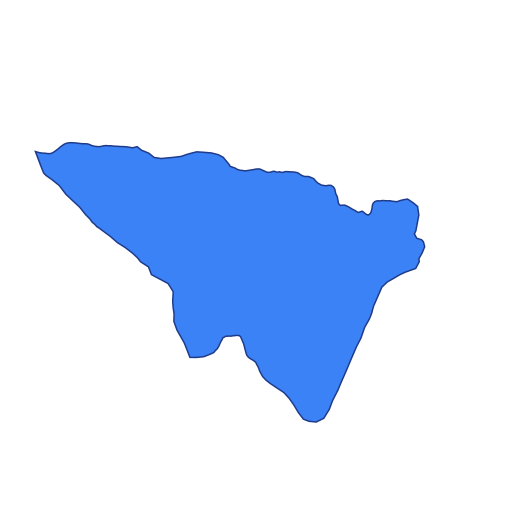 Chargharay, Samchi, Bhutan (Natural Earth projection), rotated 249°
{"feature_id": "84629894B86472917172938", "entity_name": "Chargharay", "entity_type": "district", "adm_level": 2, "iso_a3": "BTN", "parent_name": "Bhutan", "parent_adm1": "Samchi", "projection": "natural_earth1", "projection_center": [88.979, 26.995], "detail": "fine", "context": "isolated", "style": "filled", "palette": "blue", "viewbox_px": 512, "rotation_deg": 249, "n_neighbors": 0, "source": "geoboundaries", "source_scale": "gbopen_adm2", "svg_char_len": 3548}
<svg xmlns="http://www.w3.org/2000/svg" viewBox="0 0 512 512"><g transform="rotate(249 256 256)"><path d="M400.7,184.2L401.2,179.6L401.9,178.4L403.0,176.6L404.1,174.7L405.0,172.8L405.9,170.9L406.7,168.9L407.6,167.0L408.5,165.0L409.3,163.1L410.3,161.2L411.2,159.3L412.0,157.3L412.9,155.4L413.5,153.3L413.7,151.2L414.2,149.1L415.0,147.1L416.0,145.2L417.1,143.4L418.4,141.8L419.9,140.4L421.1,138.7L422.0,136.8L422.8,134.8L423.7,132.8L424.7,130.9L425.7,129.1L426.6,127.2L427.5,125.3L428.3,123.3L428.9,121.2L429.2,119.0L429.1,116.9L428.6,114.8L428.0,112.7L427.3,110.7L426.6,108.6L426.0,106.5L425.5,104.4L425.2,102.4L425.4,100.4L426.2,98.3L427.3,96.4L428.2,94.4L429.1,92.5L430.2,90.7L431.4,89.0L432.6,87.5L416.5,87.4L409.6,87.5L406.5,88.8L400.7,92.7L392.3,97.6L381.9,100.6L373.3,104.7L364.7,108.9L355.8,111.7L350.1,114.2L346.4,115.1L343.8,116.6L340.1,118.1L338.8,119.2L334.2,122.1L326.9,126.8L318.0,131.5L310.8,136.9L302.8,141.8L296.6,144.8L291.9,146.2L284.4,151.7L276.1,151.7L271.8,155.4L261.9,164.0L257.6,164.9L252.3,165.9L243.3,161.9L237.3,160.1L231.4,158.8L224.4,155.9L215.1,155.7L200.5,157.9L185.0,158.0L182.7,163.9L181.4,168.6L180.7,171.3L180.7,175.8L180.8,179.5L181.0,182.0L182.3,184.2L183.2,186.5L185.0,188.8L187.8,191.6L189.1,193.1L190.1,194.4L191.3,195.5L191.6,196.9L191.9,199.0L190.7,202.7L190.0,204.3L189.8,206.0L189.3,207.4L188.9,209.4L188.2,210.8L187.5,212.0L186.1,212.7L183.3,212.8L178.4,213.0L173.4,212.4L168.9,211.9L166.7,211.9L164.8,212.4L162.7,213.5L159.5,216.1L156.9,217.6L154.6,217.8L151.2,218.3L147.3,218.2L144.5,218.5L141.1,219.0L136.8,220.7L132.0,223.5L125.5,228.1L119.5,232.4L118.0,233.3L111.7,235.8L104.1,237.8L94.5,239.5L86.7,241.8L82.7,246.2L79.4,252.8L80.2,261.1L86.5,269.4L93.4,275.5L100.1,282.9L101.1,284.1L106.5,289.2L116.1,298.7L126.0,308.2L135.4,317.4L141.8,324.6L150.4,331.8L156.4,339.1L160.9,343.3L167.0,347.7L176.7,357.3L181.8,362.3L184.7,369.2L187.0,383.8L187.4,389.2L187.2,400.7L192.2,406.4L195.1,407.1L199.4,412.3L204.2,416.8L209.4,417.4L211.8,416.4L215.0,412.4L219.9,411.8L222.3,414.3L235.9,422.7L244.4,424.6L249.2,421.9L253.9,418.6L254.9,417.8L255.1,416.4L255.5,414.9L255.9,412.2L256.1,410.4L256.1,408.7L256.2,407.1L257.0,405.3L258.3,402.9L259.6,400.8L260.1,399.3L260.7,397.9L261.3,396.5L262.4,394.2L262.7,392.9L263.0,391.4L263.8,389.8L264.2,388.1L264.2,386.4L263.4,384.6L262.5,383.5L260.9,382.4L259.1,381.5L256.5,379.7L254.9,378.2L254.0,375.9L254.7,374.4L256.7,373.0L259.5,371.5L259.9,370.3L259.9,368.1L260.2,366.8L261.3,366.0L263.3,364.5L265.1,362.8L267.1,361.3L268.6,360.1L269.7,359.1L271.6,357.2L272.4,355.2L272.9,353.2L274.2,352.1L276.3,352.0L278.8,352.5L280.5,352.8L282.0,353.1L283.8,353.0L285.2,352.8L286.5,352.9L288.1,353.2L290.3,353.5L291.5,353.3L292.8,353.0L295.1,351.3L296.0,349.1L296.4,346.9L297.0,345.5L298.1,343.6L299.0,342.3L300.0,341.5L301.5,340.2L303.8,338.9L306.2,338.1L307.7,337.5L309.1,336.0L310.4,334.7L311.5,333.3L312.5,330.6L313.4,329.1L315.0,327.5L316.4,326.4L317.9,325.5L319.1,324.3L320.0,322.9L320.9,321.3L322.3,318.1L323.9,314.7L324.4,313.0L324.4,311.1L325.1,309.6L326.2,308.1L326.6,306.0L327.2,304.9L328.3,303.8L329.0,302.1L329.0,300.4L329.2,298.9L330.2,296.4L331.2,295.4L332.7,293.9L335.3,291.3L336.2,290.1L336.7,288.6L337.2,287.0L337.6,284.4L337.9,283.1L338.8,278.7L339.5,276.0L340.9,273.7L341.7,271.9L343.7,269.4L345.2,268.4L349.0,264.0L351.2,263.7L360.0,260.7L364.1,257.1L368.2,251.3L372.2,243.0L374.5,237.9L375.1,233.2L375.6,228.1L375.8,221.8L378.0,213.1L381.0,202.4L384.5,196.2L390.4,192.8L395.7,187.1L400.7,184.2Z" fill="#3b82f6" stroke="#1e3a8a" stroke-width="1.5"/></g></svg>